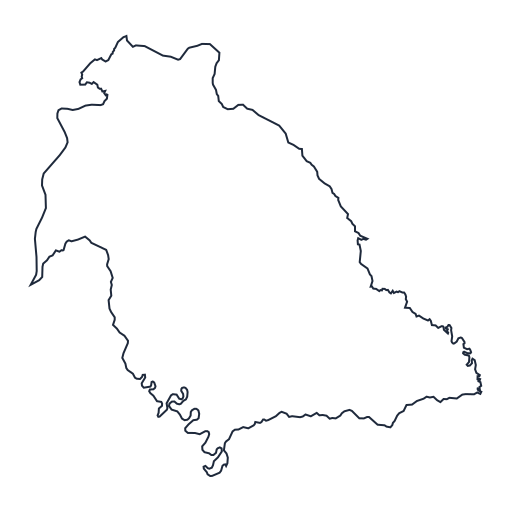 the district of Nunchia, Casanare, Colombia
{"feature_id": "7082276B17958852620007", "entity_name": "Nunchia", "entity_type": "district", "adm_level": 2, "iso_a3": "COL", "parent_name": "Colombia", "parent_adm1": "Casanare", "projection": "natural_earth1", "projection_center": [-72.075, 5.532], "detail": "fine", "context": "isolated", "style": "outline", "palette": "slate", "viewbox_px": 512, "rotation_deg": 0, "n_neighbors": 0, "source": "geoboundaries", "source_scale": "gbopen_adm2", "svg_char_len": 5996}
<svg xmlns="http://www.w3.org/2000/svg" viewBox="0 0 512 512"><path d="M30.7,284.8L39.2,280.2L42.2,277.0L42.5,266.8L43.2,263.6L47.0,260.3L49.4,256.7L52.6,255.4L55.9,250.4L59.4,251.7L61.5,250.2L62.8,250.5L63.6,250.0L65.4,243.6L66.7,241.6L68.8,240.3L71.5,241.3L77.9,239.6L85.1,236.6L89.7,240.4L91.3,242.8L106.2,249.9L108.1,255.1L108.7,259.1L107.1,264.3L107.2,266.1L110.6,271.2L112.7,277.9L110.9,281.9L111.8,285.0L110.7,289.6L111.3,295.7L108.6,300.1L109.5,308.6L111.1,312.0L114.7,317.3L114.7,319.8L113.0,324.9L116.9,328.6L119.6,332.5L124.5,335.8L128.0,340.8L127.8,343.2L123.5,353.2L122.3,357.9L125.4,363.6L126.3,368.0L127.7,370.1L132.9,373.7L135.0,377.7L136.7,378.7L140.0,379.0L142.1,376.8L142.7,374.9L144.9,374.7L145.2,377.5L141.7,383.3L142.0,385.7L143.8,387.7L150.4,386.6L151.1,385.4L151.6,382.0L152.8,381.5L154.2,382.5L155.5,386.3L155.0,387.9L153.4,389.3L149.9,389.5L149.2,391.2L150.3,393.1L153.4,395.7L157.0,401.2L161.3,401.9L162.1,403.5L162.0,405.8L158.9,408.5L158.6,412.8L157.6,415.4L158.3,416.8L159.6,416.6L166.9,409.7L167.4,408.1L166.6,403.3L171.0,395.4L172.8,394.2L176.6,394.6L179.2,398.7L181.4,399.3L182.6,398.5L183.4,396.4L183.1,393.9L181.2,390.8L181.4,388.9L182.1,387.9L184.0,387.4L185.5,387.9L187.1,389.8L187.6,392.1L187.2,396.7L185.9,399.4L183.3,400.9L180.8,403.8L179.3,404.3L176.9,403.7L174.4,401.5L171.9,401.6L169.5,403.6L169.0,406.0L171.6,409.6L177.3,411.4L179.9,414.6L182.0,418.6L184.6,420.2L187.4,419.7L189.0,418.3L190.6,415.6L190.8,412.0L191.9,410.3L194.4,408.8L196.2,408.8L197.5,409.6L198.4,410.5L199.2,413.8L198.6,418.2L196.9,419.7L193.3,420.2L188.6,424.3L185.2,428.2L185.3,430.7L187.8,432.9L195.0,433.0L199.7,434.2L205.3,431.2L207.4,431.2L208.7,432.1L209.2,434.1L208.4,436.8L205.4,442.7L202.2,446.3L202.4,449.8L204.5,452.2L209.1,453.3L211.3,455.0L213.4,455.0L216.0,452.8L216.7,449.4L217.7,448.3L219.8,447.4L221.6,448.4L221.8,451.5L217.9,457.4L213.9,461.2L213.0,465.2L211.8,467.7L209.3,468.7L207.8,468.2L205.4,465.9L203.6,466.7L203.8,468.6L206.8,472.2L207.6,474.3L210.2,476.0L212.1,475.9L219.6,472.7L221.1,470.7L222.5,465.8L223.9,464.6L225.3,464.4L226.1,466.0L227.4,463.2L227.8,457.6L226.5,453.5L223.9,450.3L224.9,443.2L226.0,441.5L229.0,439.2L232.6,431.4L234.9,429.7L238.5,429.5L243.2,427.1L248.3,428.3L253.6,425.4L254.7,424.2L255.3,422.0L260.0,422.9L261.4,422.1L263.1,419.5L264.3,419.5L266.0,420.7L268.2,420.1L275.9,416.2L279.5,412.9L281.6,411.8L286.6,413.7L289.1,416.9L292.1,416.2L300.1,417.2L302.8,416.5L305.5,414.5L310.8,416.3L316.7,412.9L319.4,415.3L322.7,415.0L326.5,415.7L329.7,418.7L332.3,418.0L335.7,418.4L340.3,415.6L341.8,413.3L344.4,411.3L349.5,409.9L351.9,410.9L359.3,418.3L363.9,418.4L367.1,417.0L369.0,417.0L377.6,424.7L384.6,425.3L386.5,426.6L390.4,427.3L392.3,425.1L392.9,422.9L394.6,421.0L397.2,415.6L399.2,413.2L403.6,411.0L406.5,405.0L412.0,404.6L416.9,401.0L423.6,398.7L426.6,396.7L429.9,397.5L433.5,396.8L437.1,400.2L440.4,402.1L443.6,399.0L446.8,399.2L449.4,397.8L456.8,398.5L462.3,394.6L465.7,394.1L474.0,394.3L477.2,392.5L480.3,393.9L481.3,391.8L478.3,390.4L477.6,389.0L477.7,388.5L479.8,389.3L479.4,387.1L481.2,385.8L480.4,382.1L478.5,381.3L478.8,380.2L479.6,380.5L480.1,379.1L478.9,378.8L478.1,379.8L477.5,379.4L477.6,376.2L479.3,376.3L479.8,375.1L476.4,372.9L475.1,369.3L475.8,365.0L474.7,360.2L472.5,358.7L471.7,360.5L472.0,363.2L469.9,365.5L467.8,365.9L466.7,364.7L469.0,362.0L469.4,357.3L468.9,355.6L464.7,354.7L463.1,353.3L463.3,352.2L464.1,351.7L467.4,353.2L470.4,353.3L471.1,352.2L470.1,349.6L469.4,348.7L467.1,349.2L463.9,347.7L463.4,344.1L464.5,343.3L464.5,342.0L462.0,338.1L460.8,337.5L458.4,338.3L456.7,341.6L454.3,343.4L453.3,343.6L452.0,342.4L451.5,341.1L452.2,336.4L451.1,330.2L451.4,328.0L449.6,325.1L448.5,325.0L447.4,326.8L445.8,327.5L445.9,328.5L447.8,329.3L447.0,330.9L448.2,332.7L447.9,333.5L443.9,329.8L443.5,327.0L442.9,326.3L441.6,326.2L438.2,327.9L435.6,325.4L431.9,325.1L430.8,320.8L429.6,319.2L428.0,320.5L423.3,318.5L419.0,315.6L416.5,316.5L415.6,313.9L412.5,312.0L409.8,308.0L405.0,307.7L407.1,301.7L405.8,299.1L406.1,296.7L405.4,294.5L404.1,292.5L402.4,292.5L399.4,291.2L398.0,292.2L396.6,291.6L393.9,293.0L392.7,290.8L390.9,293.4L389.4,292.4L387.9,289.9L386.3,290.1L384.7,288.9L382.5,288.8L381.9,290.4L380.4,290.1L379.3,291.1L376.1,288.9L373.3,288.6L371.9,286.4L370.7,286.6L372.5,281.0L371.5,276.1L369.9,274.4L367.5,268.5L361.0,263.9L359.7,262.1L360.8,251.0L359.5,244.6L357.9,244.3L357.6,240.5L358.2,238.2L361.3,239.8L363.4,238.9L366.0,239.7L367.4,238.8L360.2,235.7L358.5,233.0L355.0,231.3L355.0,226.3L352.4,223.8L351.2,221.2L347.2,218.0L348.0,214.1L340.8,206.4L338.2,200.0L338.4,197.9L335.4,196.0L334.2,194.0L332.5,192.9L331.5,189.0L329.7,186.3L324.6,183.4L319.1,178.9L317.5,175.4L317.2,171.8L313.9,166.5L311.6,164.7L310.3,162.8L306.7,161.2L302.4,155.7L301.9,149.0L299.2,148.8L293.5,144.9L288.3,142.5L285.7,133.6L279.2,125.6L258.6,115.1L252.5,109.9L247.2,108.7L243.0,104.7L238.3,104.9L233.3,108.8L227.7,109.2L223.2,107.0L221.8,104.0L218.8,101.1L218.2,95.9L216.8,94.1L216.0,89.9L213.0,84.6L212.7,82.9L212.7,78.1L214.6,74.0L215.3,66.7L216.6,63.2L218.9,60.2L219.4,52.7L209.9,44.1L202.0,43.9L197.3,45.8L189.3,47.7L187.8,48.7L180.1,59.1L178.1,59.7L170.7,56.7L162.9,55.6L144.7,46.1L135.9,45.4L132.9,46.8L127.0,40.5L126.4,36.0L123.4,37.2L117.9,42.0L115.3,47.7L114.1,49.0L114.1,50.4L112.8,51.9L112.6,53.6L111.3,54.3L108.3,60.1L105.6,61.5L102.2,59.5L101.3,58.1L97.0,60.1L94.9,59.4L90.3,63.2L83.0,71.6L81.4,72.6L82.2,74.6L81.7,76.7L82.2,78.2L80.6,79.4L79.5,82.1L80.3,84.7L85.2,84.6L86.9,82.3L89.5,82.7L91.8,83.9L93.6,82.1L97.3,84.7L97.9,87.5L99.7,88.8L101.1,88.7L102.4,91.5L105.2,90.9L104.2,93.1L105.7,95.2L106.6,94.4L107.4,94.8L106.9,98.7L104.5,101.1L103.1,104.2L100.6,105.1L91.7,104.7L85.5,105.6L78.4,108.9L72.7,110.0L67.5,108.8L61.6,108.5L58.5,110.2L57.4,113.5L57.3,118.1L64.7,132.1L67.1,138.1L67.6,142.3L65.4,147.5L59.7,155.2L43.7,173.5L42.2,179.4L42.0,185.5L45.5,194.8L45.9,208.1L42.1,217.5L36.4,228.9L35.7,231.9L34.9,238.8L36.5,257.0L36.7,271.1L36.1,274.8L30.7,284.8Z" fill="none" stroke="#1e293b" stroke-width="2"/></svg>